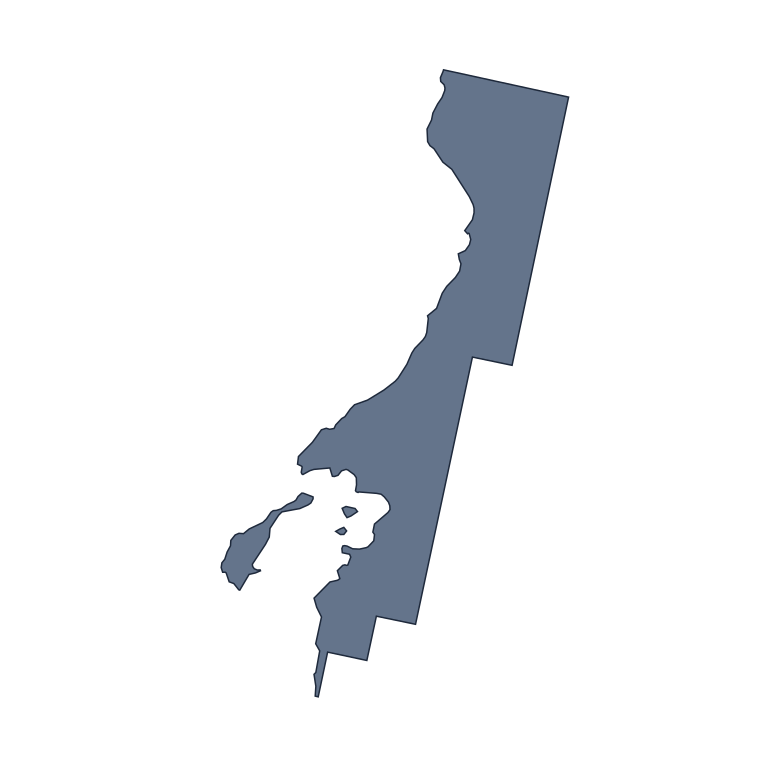 Mackinac, Michigan, United States of America, rotated 102°
{"feature_id": "52423323B7185971756964", "entity_name": "Mackinac", "entity_type": "district", "adm_level": 2, "iso_a3": "USA", "parent_name": "United States of America", "parent_adm1": "Michigan", "projection": "natural_earth1", "projection_center": [-84.806, 45.984], "detail": "fine", "context": "isolated", "style": "filled", "palette": "slate", "viewbox_px": 768, "rotation_deg": 102, "n_neighbors": 0, "source": "geoboundaries", "source_scale": "gbopen_adm2", "svg_char_len": 2503}
<svg xmlns="http://www.w3.org/2000/svg" viewBox="0 0 768 768"><g transform="rotate(102 384 384)"><path d="M65.0,263.1L64.3,391.1L65.9,391.2L72.7,392.5L76.3,391.4L78.8,387.4L81.8,385.9L84.4,385.6L91.7,386.8L98.8,389.7L108.8,392.5L115.9,392.4L125.7,394.9L137.9,391.7L141.3,388.6L143.5,384.0L154.8,372.5L159.9,362.3L183.0,339.5L190.0,334.1L193.3,332.5L197.9,331.5L205.0,331.7L217.2,336.9L219.7,333.5L219.0,332.9L219.1,332.0L224.6,329.2L230.0,329.4L236.6,332.2L241.2,338.4L246.6,336.2L250.4,333.7L257.8,333.5L264.9,336.3L275.4,342.9L283.1,345.9L299.1,348.3L308.2,355.6L310.7,354.3L324.8,352.9L328.9,353.4L332.7,355.0L342.8,361.3L347.9,363.2L360.0,365.7L375.2,371.4L379.0,373.6L389.9,382.8L403.2,396.8L410.4,408.5L415.7,411.8L424.1,415.4L426.6,418.2L434.0,422.7L437.9,423.6L439.6,427.8L439.3,431.3L441.8,435.7L455.9,441.9L472.7,452.6L480.4,451.9L481.5,447.5L482.2,446.8L487.5,446.6L489.0,445.7L489.4,444.5L484.2,438.5L482.1,434.8L477.4,419.5L485.0,415.3L484.8,413.3L482.9,410.0L477.8,407.5L475.4,403.4L475.6,401.5L478.8,394.4L481.4,391.6L488.4,389.9L494.3,389.7L495.2,388.7L495.5,386.8L494.8,386.1L492.5,368.5L492.4,363.9L494.4,360.2L498.6,355.1L501.9,353.0L505.6,352.0L508.9,353.4L523.0,364.2L531.2,364.1L533.2,362.0L539.5,361.4L546.6,365.8L547.8,367.4L550.6,373.7L551.7,380.4L550.2,386.5L550.3,389.0L551.0,390.6L553.7,391.0L557.7,389.7L557.7,382.3L560.2,380.5L568.7,381.8L569.2,383.1L569.0,384.6L570.0,386.7L576.3,390.8L583.6,386.7L585.6,388.6L588.9,395.7L608.0,407.9L616.4,403.4L624.9,396.7L652.3,396.8L658.4,391.4L680.4,390.7L682.5,392.1L693.9,387.8L703.6,386.4L703.7,383.3L658.0,383.4L658.0,343.3L612.7,343.2L612.5,303.2L339.3,303.1L339.1,262.6L293.7,262.7L65.0,263.1ZM507.6,440.0L507.8,441.7L511.9,444.7L515.7,445.9L517.6,447.5L522.0,453.6L527.5,458.6L530.0,463.0L530.9,466.0L533.0,467.9L540.4,470.9L544.7,473.8L553.8,485.7L559.6,490.3L560.2,494.8L562.6,498.2L568.8,501.3L574.2,500.5L580.9,502.5L588.5,503.3L592.6,505.4L597.4,505.1L601.7,502.7L601.1,500.2L601.6,499.1L609.7,494.3L610.4,489.4L615.5,483.3L615.6,482.2L598.3,476.4L595.5,470.4L592.4,466.0L591.6,466.5L592.3,469.2L591.7,472.5L589.7,474.6L587.6,475.3L565.5,466.6L557.6,464.4L548.9,465.5L534.3,459.8L530.3,457.2L525.3,445.2L523.4,440.5L518.1,433.2L515.6,430.8L511.1,429.5L509.2,429.9L507.6,440.0ZM511.8,386.4L511.7,395.7L514.3,399.1L519.2,395.7L522.4,392.4L520.0,388.9L514.3,383.4L511.8,386.4ZM532.6,393.5L535.1,397.1L538.2,400.6L540.3,395.4L539.5,392.0L535.5,390.0L532.6,393.5Z" fill="#64748b" stroke="#1e293b" stroke-width="1.5"/></g></svg>